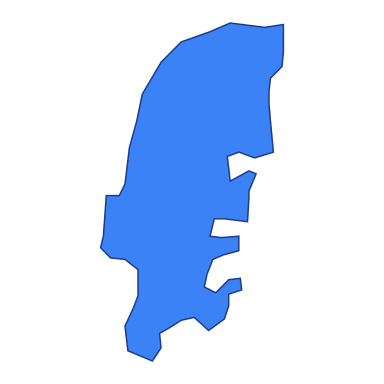 Dong-gu [East District], Ulsan, South Korea (Natural Earth projection)
{"feature_id": "91817680B33034423068968", "entity_name": "Dong-gu [East District]", "entity_type": "district", "adm_level": 2, "iso_a3": "KOR", "parent_name": "South Korea", "parent_adm1": "Ulsan", "projection": "natural_earth1", "projection_center": [129.43, 35.518], "detail": "fine", "context": "isolated", "style": "filled", "palette": "blue", "viewbox_px": 384, "rotation_deg": 0, "n_neighbors": 0, "source": "geoboundaries", "source_scale": "gbopen_adm2", "svg_char_len": 865}
<svg xmlns="http://www.w3.org/2000/svg" viewBox="0 0 384 384"><path d="M106.3,195.6L103.4,236.2L100.6,247.8L110.6,257.9L125.0,259.4L138.0,269.6L138.0,295.7L133.7,307.3L125.0,326.1L127.9,350.8L152.4,361.0L161.0,347.9L159.6,333.4L169.7,327.6L181.2,320.3L194.2,317.4L208.6,330.5L224.4,318.9L228.7,305.8L228.7,294.2L241.7,289.9L240.3,278.3L228.7,279.7L215.8,292.8L204.3,287.0L207.1,273.9L212.9,259.4L223.0,255.0L238.8,250.7L238.8,236.2L221.5,237.6L210.0,236.2L214.3,218.8L224.4,218.8L247.5,221.7L248.9,198.5L248.9,191.2L256.1,173.8L248.9,170.9L230.2,181.1L227.3,156.4L238.8,152.1L254.7,157.9L273.4,152.1L270.5,121.6L269.0,104.2L269.0,91.2L270.5,78.1L282.0,66.5L283.4,52.0L283.4,24.5L264.7,27.4L230.2,23.0L210.0,31.7L181.2,41.9L161.1,62.2L142.3,94.1L136.6,121.6L129.4,147.7L125.0,184.0L119.3,195.6L106.3,195.6Z" fill="#3b82f6" stroke="#1e3a8a" stroke-width="1.5"/></svg>